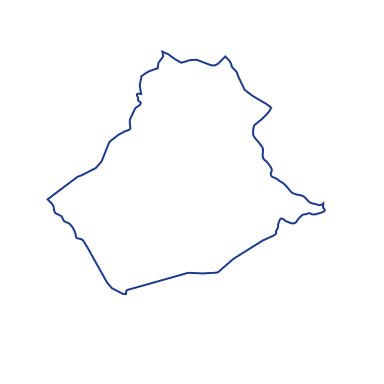 the State of Negeri Sembilan, rotated 130°
{"feature_id": "MYS-1146", "entity_name": "Negeri Sembilan", "entity_type": "State", "adm_level": 1, "iso_a3": "MYS", "parent_name": "Malaysia", "parent_adm1": "", "projection": "mercator", "projection_center": [102.11, 2.837], "detail": "fine", "context": "isolated", "style": "outline", "palette": "blue", "viewbox_px": 384, "rotation_deg": 130, "n_neighbors": 0, "source": "natural_earth", "source_scale": "10m", "svg_char_len": 2775}
<svg xmlns="http://www.w3.org/2000/svg" viewBox="0 0 384 384"><g transform="rotate(130 192 192)"><path d="M134.9,305.7L135.0,304.9L130.7,303.8L126.7,302.3L119.2,297.8L114.7,300.7L106.6,301.2L103.5,304.9L101.7,298.5L101.2,290.4L99.9,283.4L95.6,280.4L93.9,279.5L91.4,277.4L87.7,273.4L82.6,258.7L80.4,255.9L77.0,254.5L66.8,253.6L67.5,247.3L68.9,244.1L70.4,242.0L70.8,240.1L71.2,235.6L71.6,234.5L73.8,230.8L79.9,217.3L79.4,207.0L76.8,191.7L76.5,187.8L76.6,185.5L77.1,185.4L80.6,184.7L82.8,184.7L90.5,185.2L99.9,187.0L100.9,187.1L102.4,186.6L104.2,185.7L107.2,183.4L108.6,182.1L109.4,180.9L110.2,178.2L111.2,172.1L112.4,167.3L113.0,166.0L113.6,165.1L114.1,164.6L118.8,161.2L119.7,160.2L120.3,159.3L120.8,157.5L120.8,156.5L120.7,154.4L121.4,151.0L122.3,147.7L123.0,146.1L123.8,145.0L124.5,144.6L126.5,143.8L127.9,143.0L128.5,142.1L128.8,141.1L128.5,139.2L127.4,135.7L127.2,131.6L126.6,127.8L126.8,124.1L128.2,116.3L128.1,114.2L127.9,113.4L127.3,111.7L126.9,110.9L126.6,110.0L124.9,107.2L123.9,104.8L123.7,103.9L123.5,102.8L124.3,96.1L124.2,95.1L124.0,94.2L123.4,92.5L121.7,89.6L120.9,87.1L120.0,85.7L119.4,85.1L118.0,84.3L116.4,84.1L117.7,83.0L118.3,82.6L119.1,82.1L119.6,81.5L119.9,80.7L120.0,79.8L120.4,78.9L120.9,78.3L122.5,78.6L124.7,79.7L129.5,82.9L131.3,84.7L132.2,86.2L132.3,87.3L132.6,88.1L133.0,88.8L133.7,89.2L135.2,90.0L136.4,91.1L137.0,91.6L137.9,92.3L138.7,92.7L140.2,93.0L144.9,93.2L148.3,92.9L149.3,93.1L150.3,93.6L151.6,95.0L152.3,96.2L153.2,99.0L153.5,99.8L153.8,100.6L154.0,101.5L154.1,104.6L154.3,105.5L154.6,106.3L155.4,106.8L156.6,106.9L159.0,106.2L161.4,105.2L163.3,103.8L164.0,103.3L164.9,103.0L167.7,102.6L168.4,102.2L169.0,101.6L169.5,100.9L171.0,101.0L173.3,101.6L183.6,106.6L215.3,116.9L217.3,117.4L236.7,120.5L238.4,121.7L248.5,132.6L248.9,133.4L256.5,143.1L307.9,178.1L308.7,178.5L309.4,178.7L310.3,178.6L311.0,178.2L311.5,177.7L312.1,177.2L312.8,177.0L314.5,179.6L317.2,191.6L315.8,199.3L301.5,237.0L299.2,243.9L299.2,245.1L299.3,246.6L300.4,248.6L301.2,250.2L301.2,251.3L301.0,252.1L299.3,253.8L298.5,255.0L297.6,256.5L296.1,260.1L295.5,262.4L295.1,265.2L295.2,266.5L295.6,267.8L296.0,269.0L296.5,271.0L296.2,272.3L294.8,275.4L294.5,276.6L295.1,279.6L295.8,281.9L295.9,282.8L295.7,284.1L295.0,285.4L291.9,289.0L291.1,291.4L290.4,297.9L254.0,289.5L250.2,287.3L235.5,281.1L227.7,280.9L225.2,281.4L207.9,287.1L205.8,287.3L195.4,285.1L188.9,282.5L184.6,280.1L183.7,280.0L183.1,280.0L182.3,280.7L178.0,285.0L177.1,285.6L175.9,286.3L165.2,289.1L163.7,289.2L158.8,287.9L157.5,288.0L156.8,288.3L156.6,288.7L156.5,289.4L156.5,292.0L156.1,292.6L155.7,293.0L154.8,293.5L154.3,294.2L153.3,296.5L152.6,296.9L151.8,296.8L151.1,296.2L150.6,295.6L149.6,293.9L145.4,299.0L143.2,301.0L134.9,305.6L134.9,305.7Z" fill="none" stroke="#1e3a8a" stroke-width="2"/></g></svg>